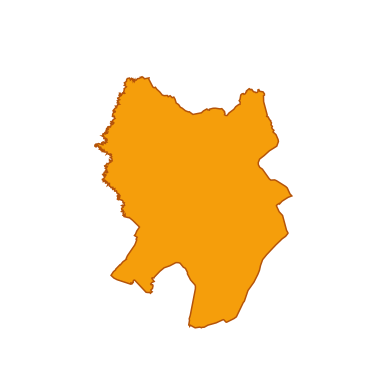 the district of Non Sung, Nakhon Ratchasima, Thailand, rotated 150°
{"feature_id": "78962969B78904215170305", "entity_name": "Non Sung", "entity_type": "district", "adm_level": 2, "iso_a3": "THA", "parent_name": "Thailand", "parent_adm1": "Nakhon Ratchasima", "projection": "albers", "projection_center": [102.297, 15.207], "detail": "fine", "context": "isolated", "style": "filled", "palette": "amber", "viewbox_px": 384, "rotation_deg": 150, "n_neighbors": 0, "source": "geoboundaries", "source_scale": "gbopen_adm2", "svg_char_len": 6100}
<svg xmlns="http://www.w3.org/2000/svg" viewBox="0 0 384 384"><g transform="rotate(150 192 192)"><path d="M263.0,246.5L263.6,245.4L262.7,245.3L262.1,246.1L261.7,246.0L262.1,244.3L261.6,244.2L261.2,244.7L260.7,243.4L261.7,243.6L262.3,242.9L260.7,242.1L260.2,241.4L261.8,240.0L260.5,240.1L259.6,240.9L259.2,240.7L260.5,238.4L259.8,237.3L260.0,236.4L258.2,235.6L258.4,235.1L259.3,234.6L259.4,233.9L257.2,233.5L258.5,231.8L258.3,231.2L256.9,230.7L257.5,228.5L256.5,227.3L256.2,225.0L257.1,224.8L257.6,225.4L257.5,226.4L258.1,226.4L258.8,225.8L259.0,224.0L258.6,223.8L257.5,224.5L257.0,223.8L258.9,222.5L259.8,223.5L260.2,223.2L259.7,222.1L258.2,221.6L256.5,219.5L256.4,218.5L257.1,217.3L256.1,216.5L256.7,216.1L257.1,214.1L258.0,214.1L258.7,215.3L259.7,215.4L259.0,214.0L259.3,213.2L261.1,213.1L261.6,211.9L260.9,210.8L262.8,210.3L262.2,209.7L261.1,209.9L260.9,208.8L262.6,207.6L262.6,206.7L263.4,206.3L262.8,205.7L261.1,206.2L261.8,204.9L263.1,205.0L263.1,204.7L259.8,201.5L259.2,201.4L257.6,197.3L255.0,187.9L259.4,185.8L261.9,183.8L263.6,183.1L262.1,180.2L264.0,179.1L263.8,178.2L266.5,175.9L268.1,174.7L279.6,169.2L282.3,167.3L282.3,166.6L286.7,166.1L290.6,164.7L290.8,165.0L296.7,163.3L297.2,162.7L299.8,162.3L303.8,160.3L302.7,156.6L300.8,153.6L291.6,143.3L290.7,143.7L290.8,142.7L289.6,142.5L289.1,143.4L288.2,143.0L288.1,143.5L286.8,144.7L285.7,144.4L281.9,128.1L280.2,126.8L278.8,126.2L278.7,125.1L276.4,125.5L276.9,126.8L276.4,127.9L274.6,128.1L272.7,130.2L272.5,131.4L273.8,132.2L273.8,133.0L271.8,133.7L269.5,133.4L270.0,137.1L269.4,137.6L267.9,136.6L267.3,137.1L259.5,139.4L254.0,140.3L248.2,139.2L241.3,138.9L239.1,137.6L237.9,136.3L237.1,131.2L235.9,129.2L236.1,124.6L236.9,123.4L237.2,116.6L235.9,110.1L236.1,108.8L237.5,106.4L255.2,86.0L257.8,83.6L258.4,82.0L261.3,78.5L260.9,77.6L261.1,76.9L260.0,77.4L257.2,72.8L252.8,71.1L251.7,69.7L251.0,69.8L249.0,68.8L244.7,68.7L236.5,66.6L228.9,65.9L228.4,65.6L227.6,62.3L227.0,61.9L219.0,61.4L216.0,61.7L203.1,70.5L201.2,71.3L192.8,78.7L183.4,83.0L176.1,87.8L172.8,90.4L169.4,94.1L164.7,98.1L158.7,100.4L146.1,104.2L137.2,106.4L133.1,106.8L129.6,108.2L129.3,108.8L129.3,111.5L125.3,126.4L126.4,131.3L125.8,137.9L125.2,138.3L122.8,138.5L122.1,138.5L122.1,137.9L118.6,139.0L114.6,139.2L111.4,139.3L107.5,138.7L108.1,141.4L107.5,147.9L108.1,149.9L113.1,159.4L114.3,161.1L117.8,162.9L118.5,164.7L119.6,176.6L121.0,179.5L120.9,182.4L120.0,184.3L117.0,186.7L111.2,187.5L104.3,189.0L95.7,189.3L91.9,192.5L91.2,194.5L90.6,199.7L91.8,203.5L90.2,204.5L90.9,206.5L90.8,207.8L89.6,208.6L90.0,210.7L88.6,212.1L88.6,214.1L88.2,214.4L88.7,216.0L88.5,219.0L89.5,220.1L88.4,221.0L84.8,234.4L82.0,239.6L80.8,239.7L80.2,240.8L80.4,243.2L83.0,245.4L82.9,247.3L84.0,247.4L84.2,246.3L85.7,245.6L87.1,246.2L87.3,246.9L88.3,247.7L89.0,249.8L88.8,250.7L89.3,251.2L90.5,251.5L90.4,252.2L90.8,252.9L94.3,252.3L94.5,251.6L95.2,251.6L96.6,250.5L98.2,250.6L98.3,251.6L99.6,252.0L101.3,251.6L104.2,248.1L105.5,247.5L105.3,245.7L106.6,243.9L107.7,244.4L111.5,244.0L114.4,242.7L120.6,241.9L123.3,240.7L124.4,241.3L125.2,242.6L124.0,243.8L124.1,245.0L123.6,245.4L124.5,249.3L126.1,249.9L129.7,252.8L131.9,254.0L135.5,255.0L136.0,254.2L137.5,255.5L137.6,256.5L141.5,256.5L144.3,255.9L152.4,258.7L154.2,262.8L155.1,263.2L157.1,265.7L158.6,269.6L159.7,271.2L159.9,274.4L161.2,277.0L160.3,280.8L160.3,283.3L162.0,283.6L162.8,286.3L165.0,286.4L165.1,287.9L168.0,289.4L169.3,290.9L169.9,294.8L171.1,298.5L171.3,301.0L172.7,301.2L173.4,302.5L173.0,311.3L172.2,312.3L176.6,313.8L176.8,315.5L177.3,315.7L177.6,316.8L178.6,316.9L178.6,317.3L178.9,316.7L179.4,317.2L179.7,316.8L180.8,316.7L182.5,317.4L184.5,316.8L185.0,317.4L186.1,316.8L185.4,318.0L187.0,317.4L186.5,318.0L187.0,318.1L186.3,318.5L186.5,319.1L187.2,318.9L186.9,319.6L187.4,319.5L187.5,320.2L188.3,320.0L188.1,320.4L189.0,320.1L188.7,320.6L189.2,320.9L189.1,321.9L191.3,322.6L192.6,321.8L193.4,320.6L196.0,320.3L195.7,318.7L197.3,318.2L196.7,317.4L196.2,315.9L199.3,315.3L199.4,314.5L201.3,312.7L200.9,311.2L201.6,311.3L202.5,312.5L204.4,311.3L204.9,312.1L204.6,313.2L205.4,313.8L205.8,312.8L206.8,312.3L205.8,310.9L207.3,310.8L208.2,310.2L209.4,310.5L209.6,310.0L208.6,308.1L211.0,308.3L210.7,306.6L211.8,306.9L212.2,306.6L211.0,304.3L212.7,304.8L213.9,303.9L215.3,304.6L215.2,302.8L216.7,303.0L219.7,301.9L219.8,301.3L218.3,300.7L218.2,300.0L218.7,299.7L220.2,300.0L221.9,299.0L222.2,298.1L223.1,297.5L223.0,297.1L221.5,296.6L221.5,296.0L222.1,295.5L221.8,294.2L224.2,294.0L225.8,293.0L227.0,293.5L227.1,292.7L225.2,291.6L225.1,290.9L226.9,290.2L227.2,291.3L228.2,291.9L228.3,290.6L230.1,289.1L230.6,289.2L230.9,290.1L232.3,290.5L232.8,290.2L232.5,289.3L234.2,289.6L234.3,289.2L233.4,288.1L233.9,287.9L235.2,288.6L235.6,288.4L235.5,287.7L236.4,286.8L234.9,286.0L235.9,285.2L236.9,285.8L237.2,287.2L238.0,287.0L238.1,285.7L239.8,286.9L240.4,286.6L240.6,284.8L241.8,285.5L240.7,283.5L241.6,282.4L240.3,281.6L241.1,280.3L240.0,280.5L239.7,281.3L239.2,280.3L239.6,279.3L241.0,279.2L240.8,277.8L242.1,278.4L242.7,277.3L243.6,278.2L243.4,279.0L243.8,279.8L245.5,279.8L246.0,279.3L245.1,277.9L245.5,277.4L248.9,280.8L250.1,280.8L250.9,281.4L251.6,280.1L252.0,280.4L252.0,281.3L252.6,281.2L253.2,280.3L252.8,279.3L252.0,278.9L250.4,279.5L250.0,278.8L250.3,277.3L248.9,276.6L249.4,276.0L250.8,275.5L250.5,275.1L248.9,275.4L249.1,274.2L249.9,273.9L249.9,273.5L249.3,273.3L248.7,273.9L248.3,273.7L249.6,272.0L248.9,271.6L247.2,272.4L247.3,271.3L248.4,271.1L247.3,270.0L245.6,269.1L245.8,268.4L246.8,267.7L245.7,267.8L245.6,266.5L244.3,266.0L244.6,265.0L243.4,265.5L243.0,264.8L244.1,263.8L243.9,262.7L245.5,262.6L244.7,261.2L245.5,258.9L246.5,259.4L247.3,261.2L247.9,260.1L246.9,259.1L247.2,258.5L249.4,258.6L250.6,258.1L251.3,259.2L253.3,258.2L254.6,258.3L254.7,257.8L254.3,257.2L252.5,256.5L253.9,255.6L255.2,255.8L254.8,253.9L256.5,253.5L256.4,253.1L255.1,253.1L255.1,251.3L256.0,251.2L257.3,252.8L258.2,252.9L259.3,251.8L259.0,251.0L257.9,250.3L258.3,249.6L259.9,250.7L260.0,251.8L260.5,251.9L260.3,249.7L259.7,248.7L261.7,247.8L263.3,247.8L263.5,247.4L263.0,246.5Z" fill="#f59e0b" stroke="#b45309" stroke-width="1.5"/></g></svg>